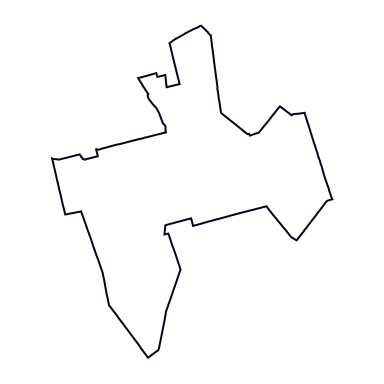 Liebling, Timis, Romania, rotated 91°
{"feature_id": "2599482B87528354866966", "entity_name": "Liebling", "entity_type": "district", "adm_level": 2, "iso_a3": "ROU", "parent_name": "Romania", "parent_adm1": "Timis", "projection": "mercator", "projection_center": [21.34, 45.584], "detail": "fine", "context": "isolated", "style": "outline", "palette": "ink", "viewbox_px": 384, "rotation_deg": 91, "n_neighbors": 0, "source": "geoboundaries", "source_scale": "gbopen_adm2", "svg_char_len": 5851}
<svg xmlns="http://www.w3.org/2000/svg" viewBox="0 0 384 384"><g transform="rotate(91 192 192)"><path d="M192.0,324.7L195.0,323.9L197.1,323.3L204.1,321.7L205.3,321.4L210.1,320.1L211.5,319.7L213.5,319.2L215.3,318.7L216.7,318.3L216.3,316.2L215.7,313.8L215.1,310.5L213.4,302.5L215.2,301.9L219.0,300.4L220.4,299.9L222.5,299.1L229.8,296.4L241.7,291.9L243.5,291.3L243.7,291.2L245.5,290.6L248.7,289.5L251.3,288.5L254.8,287.2L257.0,286.4L258.2,285.9L261.1,284.8L264.3,283.6L269.6,281.7L274.1,280.0L274.6,279.9L278.6,279.0L280.6,278.5L283.3,278.0L287.3,277.2L291.1,276.4L293.8,275.9L297.1,275.2L299.2,274.6L300.0,274.4L302.9,273.8L306.7,273.0L306.9,272.7L308.2,271.7L312.2,268.6L315.6,265.9L320.8,262.0L325.1,258.6L329.3,255.3L333.8,251.9L340.1,247.0L344.2,243.8L346.8,241.8L347.6,241.3L349.5,240.0L350.7,239.1L354.0,236.5L358.5,233.1L353.9,227.2L350.9,223.2L350.8,222.9L348.6,222.3L344.3,221.5L340.7,220.8L336.2,220.0L332.9,219.4L324.3,217.8L320.0,217.1L316.6,216.5L314.1,216.2L311.6,215.8L306.9,214.2L300.9,212.2L298.0,211.2L296.0,210.6L291.2,209.1L283.7,206.6L274.2,203.6L269.5,202.1L268.3,202.6L267.3,202.9L262.4,204.7L260.5,205.3L258.4,206.1L257.9,206.2L257.6,206.3L255.4,207.1L254.8,207.3L253.7,207.7L252.6,208.1L250.2,209.0L248.0,209.8L247.6,210.0L247.2,210.2L247.2,210.3L246.8,210.4L245.6,210.8L244.4,211.2L242.6,211.9L238.7,213.2L237.0,213.8L234.0,214.9L234.9,218.8L233.4,218.7L229.7,218.4L225.8,218.1L225.2,216.3L224.7,214.6L223.3,209.7L222.1,205.6L220.9,201.3L219.7,197.3L218.5,192.8L218.4,192.4L219.6,192.1L221.6,191.5L223.0,191.1L225.9,190.3L225.2,188.1L224.6,185.8L224.3,185.0L223.7,182.8L223.5,182.3L222.9,180.2L222.6,179.4L222.1,177.6L221.4,175.4L221.0,174.0L220.7,172.8L220.4,171.9L220.2,171.2L219.6,169.1L218.7,166.1L218.8,166.1L218.7,165.6L217.8,162.9L217.5,161.6L217.0,160.1L216.3,157.4L215.8,155.8L215.4,154.6L214.8,152.6L213.8,149.1L213.3,147.2L213.1,146.5L212.7,145.2L212.4,144.1L211.9,142.3L211.6,141.4L211.0,139.0L209.6,134.0L208.8,130.9L208.6,130.1L208.5,129.8L208.1,128.5L207.7,127.1L207.3,125.5L207.0,124.3L206.6,123.0L205.7,119.9L205.1,117.5L205.0,117.3L206.4,116.2L207.2,115.6L207.6,115.3L208.6,114.5L209.9,113.5L210.6,112.9L211.3,112.4L211.7,112.0L212.2,111.6L212.9,111.0L213.6,110.4L214.0,110.1L215.6,108.7L216.8,107.7L219.4,105.5L220.3,104.7L222.7,102.6L223.5,102.0L225.0,100.7L226.0,99.9L226.7,99.3L229.6,96.7L230.5,96.1L231.6,95.1L232.4,94.5L233.0,94.0L233.7,93.4L234.2,93.0L234.7,92.6L235.1,92.3L235.2,92.1L235.3,92.0L236.3,90.5L236.6,89.9L236.9,89.5L237.4,88.6L237.9,87.8L238.2,87.3L238.4,86.9L238.5,86.6L238.3,86.3L237.7,85.9L237.2,85.5L236.8,85.2L236.3,84.9L236.0,84.6L235.5,84.3L234.2,83.3L233.7,82.9L232.9,82.3L232.5,82.0L232.1,81.8L231.7,81.5L231.0,81.0L230.5,80.5L229.8,79.9L229.2,79.5L228.7,79.2L228.4,79.1L228.0,78.9L227.8,78.7L227.6,78.5L227.3,78.2L226.8,77.8L225.8,77.0L224.2,75.9L223.5,75.4L222.7,74.8L220.8,73.3L219.5,72.4L218.8,71.9L215.6,69.5L214.5,68.7L213.9,68.2L213.0,67.6L212.3,67.1L211.5,66.5L211.2,66.3L211.0,66.1L210.4,65.8L210.2,65.7L209.9,65.4L209.3,64.9L209.0,64.6L208.2,64.1L207.0,63.2L206.6,62.9L206.4,62.8L206.1,62.5L205.9,62.3L204.8,61.5L204.2,61.1L203.4,60.5L202.6,59.9L202.0,59.5L200.6,58.5L199.9,58.0L199.2,57.5L198.7,57.0L198.1,55.7L197.8,54.8L196.9,52.0L196.8,51.6L196.0,52.0L195.1,52.3L194.2,52.7L193.8,52.9L193.4,53.0L193.1,53.1L192.6,53.3L192.0,53.5L190.5,54.0L189.8,54.3L189.2,54.5L187.9,55.0L186.9,55.2L186.2,55.4L185.9,55.5L185.2,55.7L184.5,56.0L184.4,56.0L183.9,56.3L183.7,56.3L182.0,57.0L181.6,57.1L181.2,57.3L180.7,57.4L180.3,57.6L179.9,57.7L179.4,57.9L178.9,58.1L178.3,58.3L177.6,58.6L177.2,58.7L176.8,58.9L176.5,59.0L176.3,59.1L176.1,59.2L175.9,59.2L175.6,59.3L175.1,59.5L174.4,59.7L174.0,59.9L172.7,60.3L169.4,61.3L167.4,61.9L165.3,62.5L164.2,62.8L163.7,63.0L162.2,63.6L161.9,63.7L161.1,63.9L159.7,64.4L159.2,64.5L158.6,64.7L158.3,64.8L157.6,65.1L157.1,65.3L156.8,65.4L156.0,65.7L155.3,66.0L154.5,66.3L153.7,66.6L153.1,66.7L152.5,66.9L151.6,67.1L151.0,67.2L150.4,67.5L149.8,67.7L149.2,68.0L148.7,68.1L147.4,68.6L145.2,69.3L142.4,70.3L141.1,70.8L138.3,71.7L137.2,72.1L135.2,72.8L133.4,73.3L131.1,74.1L129.9,74.5L127.7,75.2L126.2,75.7L124.0,76.4L122.6,76.9L120.6,77.6L119.1,78.1L112.5,80.4L111.1,80.7L110.9,80.7L111.8,86.4L112.3,91.4L112.4,92.1L112.6,92.5L112.8,92.8L113.5,93.4L113.4,94.1L112.7,94.9L104.9,105.4L104.8,105.6L114.1,112.8L118.8,116.3L126.4,122.3L131.3,126.1L134.6,135.1L132.8,135.9L132.8,136.1L133.1,137.6L126.2,146.5L112.5,164.3L99.3,166.5L98.8,166.8L94.7,167.3L87.9,168.5L87.2,168.3L83.2,168.9L75.4,170.1L65.5,171.6L52.0,173.5L45.9,174.5L35.0,175.9L34.5,176.8L33.9,177.4L33.2,178.2L32.4,178.6L32.0,178.9L29.9,181.2L28.0,183.2L25.5,185.9L25.9,186.8L26.7,188.2L27.8,189.9L28.6,192.1L29.3,193.7L30.5,195.8L33.6,201.6L34.4,202.7L39.8,212.0L43.6,217.1L46.2,216.3L55.0,214.1L60.7,212.6L70.8,209.9L84.3,206.3L87.7,219.2L75.5,220.8L77.2,227.1L77.5,228.6L73.7,229.8L76.6,239.1L77.5,242.2L79.1,247.9L85.3,243.8L85.6,243.6L86.2,243.4L87.9,242.2L94.9,237.4L96.3,238.0L96.8,238.1L98.1,237.6L98.9,237.2L100.9,236.0L104.9,232.7L108.5,229.3L109.2,228.8L111.6,227.5L113.4,226.4L120.2,223.7L123.8,222.3L124.5,221.6L125.2,220.7L126.1,220.2L127.5,219.5L129.1,219.6L130.2,219.6L131.0,219.6L131.8,219.4L132.9,219.1L135.1,227.5L136.2,231.6L137.7,236.7L138.4,239.8L138.4,240.2L138.7,240.9L139.2,242.3L139.5,243.5L139.8,244.4L139.9,245.4L141.2,250.2L144.6,262.4L145.5,265.5L145.7,267.1L147.8,274.5L149.5,280.3L150.5,283.8L151.1,284.8L151.3,286.1L150.9,288.1L151.0,288.6L157.9,286.8L158.5,289.0L159.3,292.0L160.6,296.8L161.0,298.4L161.6,299.3L161.3,299.6L161.1,300.1L161.2,301.1L161.0,301.9L160.4,302.0L159.9,302.1L159.6,302.2L159.4,302.6L159.1,303.4L158.7,303.6L158.1,303.7L157.6,304.0L157.2,304.5L156.8,304.9L156.4,305.0L159.5,316.4L161.2,322.8L162.0,326.0L161.8,326.8L161.7,327.0L161.6,328.5L161.4,331.7L161.0,332.4L192.0,324.7Z" fill="none" stroke="#020617" stroke-width="2"/></g></svg>